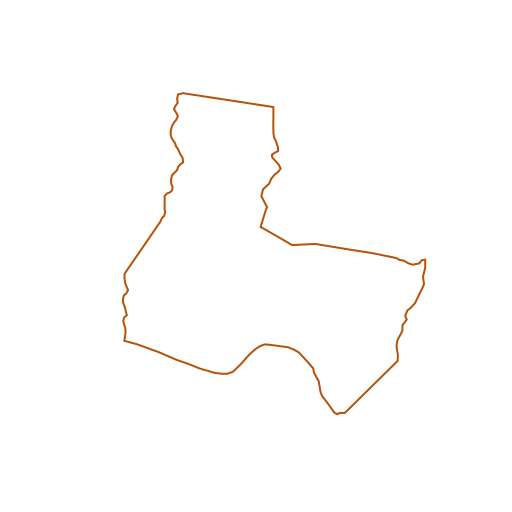 Traipu, Alagoas, Brazil (orthographic projection), rotated 337°
{"feature_id": "56859067B41834380082036", "entity_name": "Traipu", "entity_type": "district", "adm_level": 2, "iso_a3": "BRA", "parent_name": "Brazil", "parent_adm1": "Alagoas", "projection": "orthographic", "projection_center": [-36.97, -9.885], "detail": "fine", "context": "isolated", "style": "outline", "palette": "amber", "viewbox_px": 512, "rotation_deg": 337, "n_neighbors": 0, "source": "geoboundaries", "source_scale": "gbopen_adm2", "svg_char_len": 2053}
<svg xmlns="http://www.w3.org/2000/svg" viewBox="0 0 512 512"><g transform="rotate(337 256 256)"><path d="M184.5,184.2L181.1,187.2L160.6,200.3L154.2,204.4L131.5,218.8L128.1,221.1L126.4,224.6L125.1,229.3L124.9,233.3L124.9,237.4L121.7,240.0L119.1,240.5L117.3,242.8L115.4,246.5L115.3,252.4L114.5,255.9L114.0,260.0L110.6,261.1L108.3,264.1L107.9,267.2L107.5,271.5L105.8,276.0L104.2,278.4L101.7,282.7L111.8,290.6L129.0,306.6L142.3,320.6L150.7,328.1L155.2,332.5L160.0,337.3L163.3,340.1L167.2,343.2L172.1,347.3L178.6,351.1L183.7,353.2L189.6,353.5L196.8,350.8L199.9,349.5L212.2,343.8L219.4,341.4L224.2,340.6L229.2,340.7L232.9,342.5L249.7,352.4L254.3,357.0L257.7,361.4L262.5,374.7L263.4,377.5L264.7,381.8L263.8,386.2L264.8,395.7L262.2,406.7L262.2,411.0L264.4,419.3L266.9,430.7L269.1,433.5L271.9,433.2L276.4,435.2L345.4,407.9L348.1,402.2L349.0,397.8L350.3,393.7L352.6,389.6L355.2,387.2L358.5,384.6L361.4,382.2L363.9,376.8L367.5,374.8L369.9,373.4L370.0,369.2L374.1,365.3L377.6,364.3L383.7,361.7L388.1,357.9L393.4,353.2L396.3,350.9L399.7,347.5L401.6,340.4L407.3,332.7L410.3,325.5L406.9,324.7L403.3,326.6L397.0,325.3L393.6,322.5L390.0,317.8L386.7,315.9L385.0,313.4L382.9,311.7L367.1,300.8L364.9,299.3L361.3,297.0L346.0,287.5L315.5,268.2L306.2,264.7L293.6,260.1L271.6,231.0L283.3,217.2L285.3,215.5L284.3,203.0L288.5,197.4L296.6,194.4L300.1,190.9L304.6,188.5L309.6,187.1L312.9,185.1L312.6,180.7L309.5,171.7L310.2,169.0L313.5,168.3L317.4,168.0L318.7,164.4L319.2,158.1L319.0,154.4L319.7,150.7L322.9,142.6L326.3,134.9L330.2,125.7L252.4,77.6L247.4,76.8L244.8,80.5L243.8,84.3L240.4,86.5L237.9,88.7L238.5,92.8L238.7,96.9L235.6,99.6L232.5,101.2L229.5,103.4L226.6,107.2L224.9,110.7L224.4,114.2L225.0,117.9L225.6,120.7L225.2,123.8L225.9,126.6L226.0,129.8L226.1,132.9L226.8,136.8L225.6,141.2L221.9,142.1L219.2,143.5L216.8,146.2L213.0,147.7L210.2,148.9L207.9,152.1L206.3,156.0L206.2,160.0L204.3,162.8L201.8,163.8L198.6,163.6L195.2,165.2L194.2,168.0L192.9,170.7L191.5,174.3L190.0,177.5L189.6,180.2L187.1,183.2L184.5,184.2Z" fill="none" stroke="#b45309" stroke-width="2"/></g></svg>